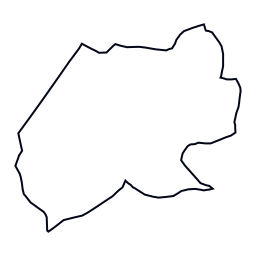 the district of Al-Shirqat, Sala ad-Din, Iraq
{"feature_id": "34846034B7804505829075", "entity_name": "Al-Shirqat", "entity_type": "district", "adm_level": 2, "iso_a3": "IRQ", "parent_name": "Iraq", "parent_adm1": "Sala ad-Din", "projection": "robinson", "projection_center": [43.229, 35.472], "detail": "fine", "context": "isolated", "style": "outline", "palette": "ink", "viewbox_px": 256, "rotation_deg": 0, "n_neighbors": 0, "source": "geoboundaries", "source_scale": "gbopen_adm2", "svg_char_len": 1600}
<svg xmlns="http://www.w3.org/2000/svg" viewBox="0 0 256 256"><path d="M48.4,231.6L54.3,227.4L63.6,220.1L73.6,217.6L82.2,215.6L87.7,212.6L95.9,207.3L106.8,200.0L112.5,196.3L118.1,190.9L122.4,187.5L123.5,185.1L125.4,180.6L127.9,183.0L130.7,184.9L132.8,187.2L134.6,188.1L140.7,192.0L144.8,194.6L152.6,196.6L158.4,197.6L165.6,197.0L173.4,196.0L177.4,193.6L181.4,191.0L188.5,189.3L195.2,188.9L199.8,189.6L204.0,190.4L206.3,189.9L209.1,189.6L212.7,188.7L209.3,185.9L206.0,185.2L200.5,183.1L194.9,176.7L184.9,165.5L181.1,160.2L182.6,153.5L184.6,150.4L187.6,146.2L190.5,144.4L194.9,144.1L198.4,142.7L205.4,143.4L210.7,143.4L214.2,142.0L219.5,139.9L225.6,137.4L230.9,135.6L235.5,132.5L235.2,128.1L235.2,125.5L234.4,122.0L235.5,117.1L236.3,113.2L238.5,107.0L239.2,102.2L239.5,99.1L240.6,91.2L240.3,87.7L238.4,83.3L235.9,78.9L231.8,79.4L227.5,79.4L226.7,79.4L224.2,78.5L220.5,77.6L221.2,75.9L222.0,71.5L223.1,66.2L223.1,63.6L223.1,57.9L223.1,53.9L221.6,46.4L219.4,42.5L214.6,35.9L212.1,32.4L208.8,31.1L205.8,30.6L203.9,24.4L200.4,25.4L192.5,27.9L187.8,29.7L184.0,31.1L180.2,34.6L176.4,39.8L175.0,43.7L172.1,48.3L169.4,49.0L166.2,50.4L162.4,50.0L155.4,49.3L145.7,47.6L139.9,46.9L135.8,46.9L126.7,47.2L125.8,46.9L120.8,45.8L115.3,44.1L112.9,46.2L106.5,52.5L98.9,52.8L96.8,51.4L91.0,48.6L83.1,44.4L81.9,43.7L79.0,48.6L69.0,62.0L58.8,76.7L41.2,101.7L28.6,119.2L18.3,133.3L22.1,150.8L18.9,155.7L18.3,157.9L17.1,161.0L15.4,165.9L19.7,173.7L20.6,176.5L21.8,182.4L22.7,189.5L23.8,194.0L25.6,196.1L30.6,202.5L43.7,211.9L45.5,214.4L46.7,217.2L47.2,230.6L48.4,231.6Z" fill="none" stroke="#020617" stroke-width="2"/></svg>